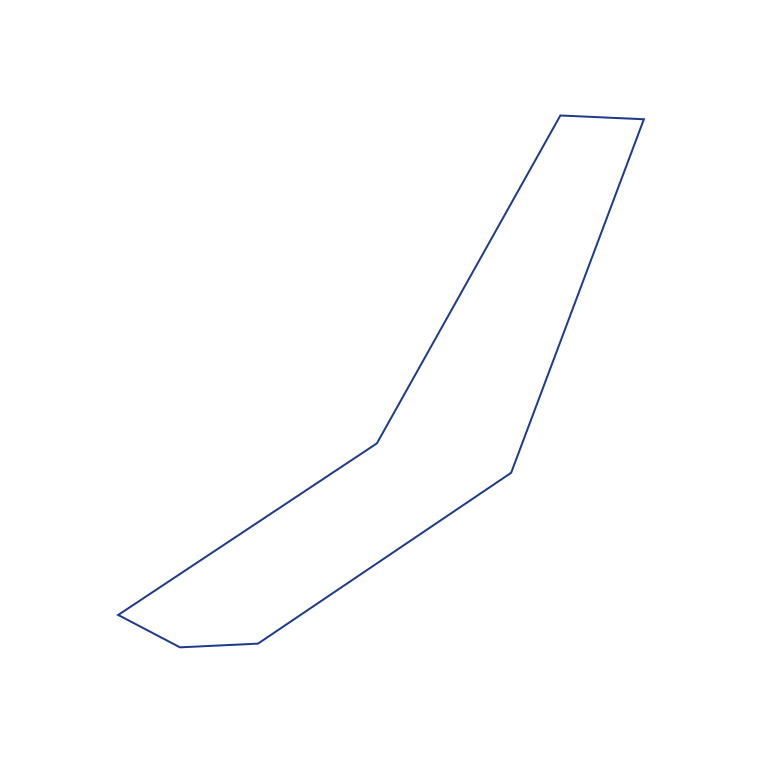 Bermuda, Albers equal-area conic projection, rotated 350°
{"feature_id": "BMU", "entity_name": "Bermuda", "entity_type": "country or territory", "adm_level": 0, "iso_a3": "BMU", "parent_name": "North America", "parent_adm1": "", "projection": "albers", "projection_center": [-64.765, 32.323], "detail": "fine", "context": "isolated", "style": "outline", "palette": "blue", "viewbox_px": 768, "rotation_deg": 350, "n_neighbors": 0, "source": "natural_earth", "source_scale": "50m", "svg_char_len": 261}
<svg xmlns="http://www.w3.org/2000/svg" viewBox="0 0 768 768"><g transform="rotate(350 384 384)"><path d="M493.8,493.5L214.8,617.8L137.3,607.9L82.1,565.3L366.7,441.2L604.3,150.2L685.9,168.4L493.8,493.5Z" fill="none" stroke="#1e3a8a" stroke-width="2"/></g></svg>